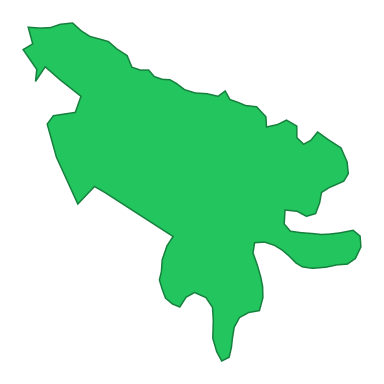 Lacerdópolis, Santa Catarina, Brazil
{"feature_id": "56859067B18402859490931", "entity_name": "Lacerdópolis", "entity_type": "district", "adm_level": 2, "iso_a3": "BRA", "parent_name": "Brazil", "parent_adm1": "Santa Catarina", "projection": "robinson", "projection_center": [-51.58, -27.257], "detail": "fine", "context": "isolated", "style": "filled", "palette": "green", "viewbox_px": 384, "rotation_deg": 0, "n_neighbors": 0, "source": "geoboundaries", "source_scale": "gbopen_adm2", "svg_char_len": 1461}
<svg xmlns="http://www.w3.org/2000/svg" viewBox="0 0 384 384"><path d="M326.0,267.2L336.7,264.9L347.4,264.1L355.4,258.5L360.9,246.9L360.1,236.1L353.1,230.3L339.9,232.9L329.5,234.1L321.1,234.5L313.1,233.6L301.1,232.7L290.4,231.2L284.2,224.0L285.0,210.0L297.2,211.3L306.4,216.3L315.6,213.6L319.6,202.9L321.5,192.5L329.1,187.6L335.9,184.7L343.8,181.1L348.3,173.7L347.1,162.0L341.0,147.9L328.0,139.5L317.6,132.0L310.8,140.4L303.6,144.2L296.9,137.7L296.8,126.1L286.5,120.1L277.4,124.6L266.5,127.0L265.9,116.8L256.6,106.8L245.4,105.5L237.8,102.3L229.9,99.5L225.2,91.0L218.1,96.3L206.8,93.7L195.3,93.0L184.6,89.7L176.5,83.5L169.8,79.7L162.5,79.4L154.3,76.6L148.7,70.1L140.3,70.1L131.9,67.2L127.1,55.6L116.9,49.0L108.5,41.6L100.9,39.4L90.0,36.5L81.3,30.9L72.6,23.0L60.2,24.3L50.7,27.6L40.2,28.1L28.2,27.2L32.7,43.9L23.1,49.6L36.8,69.5L35.5,81.4L45.2,66.8L60.2,79.9L81.0,96.3L75.3,112.4L53.4,115.7L47.2,124.1L56.4,157.1L77.8,204.0L94.5,186.5L104.9,192.5L173.1,236.5L167.0,245.8L162.2,259.8L161.4,271.6L159.4,279.9L161.9,288.3L165.5,298.1L172.6,304.1L179.8,307.0L186.1,297.2L194.5,292.5L206.0,297.6L212.5,307.4L213.3,320.4L212.8,338.3L216.7,351.7L221.7,361.0L229.1,357.3L231.4,347.5L232.4,338.3L234.2,327.3L239.5,317.5L248.7,312.5L259.4,310.6L262.9,297.6L262.6,286.5L260.6,276.5L257.4,265.4L253.0,252.9L254.6,242.7L264.7,242.1L274.6,245.4L282.2,250.1L289.2,256.1L296.0,263.0L302.5,266.9L312.5,268.3L326.0,267.2Z" fill="#22c55e" stroke="#15803d" stroke-width="1.5"/></svg>